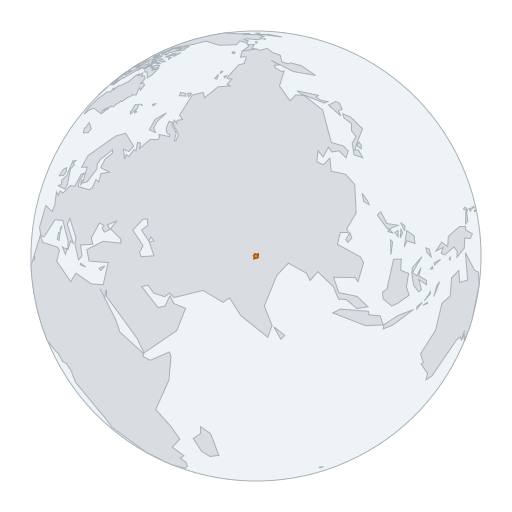 Gandaki on an orthographic globe, rotated 333°
{"feature_id": "NPL-1095", "entity_name": "Gandaki", "entity_type": "District", "adm_level": 1, "iso_a3": "NPL", "parent_name": "Nepal", "parent_adm1": "", "projection": "orthographic", "projection_center": [84.335, 28.335], "detail": "fine", "context": "on_globe", "style": "filled", "palette": "amber", "viewbox_px": 512, "rotation_deg": 333, "n_neighbors": 0, "source": "natural_earth", "source_scale": "10m", "svg_char_len": 11740}
<svg xmlns="http://www.w3.org/2000/svg" viewBox="0 0 512 512"><g transform="rotate(333 256 256)"><circle cx="256" cy="256" r="225" fill="#eef3f6" stroke="#a8b0b8"/><path d="M330.3,43.3L329.9,43.4L341.7,50.3L351.8,55.1L344.6,52.6L368.0,64.3L378.5,72.6L362.7,61.8L358.1,59.7L363.3,64.3L359.6,63.3L360.0,65.1L355.2,63.7L346.3,58.2L343.0,57.4L346.9,60.8L344.5,62.0L339.3,57.1L334.6,58.9L318.9,51.5L309.0,41.9L296.4,39.0L275.8,32.9L273.8,33.3L264.6,32.2L258.9,32.4L256.7,31.8L254.0,32.6L257.1,33.2L256.9,33.8L253.8,34.2L250.5,33.3L251.6,33.0L249.0,33.0L248.6,32.5L247.0,32.9L243.4,32.2L242.4,33.6L235.6,33.6L234.4,33.0L240.6,32.2L251.7,30.8L267.7,31.0L283.6,32.4L299.4,34.9L315.0,38.6L330.3,43.3ZM221.3,33.4L224.4,33.0L217.3,34.3L208.1,36.0L204.4,36.7L221.3,33.4ZM200.0,37.8L198.4,38.4L188.8,41.0L200.0,37.8ZM359.9,59.2L356.7,56.9L361.0,59.6L359.9,59.2ZM360.9,65.7L363.0,66.8L362.3,67.3L360.9,65.7ZM228.1,32.5L226.3,32.8L226.5,32.7L228.1,32.5ZM231.5,32.2L233.1,31.9L234.9,31.8L233.9,31.9L231.5,32.2ZM354.3,65.9L352.6,66.7L352.8,64.8L354.3,65.9ZM229.2,32.6L238.0,31.5L241.3,31.4L240.3,31.9L229.2,32.6ZM350.6,66.6L346.6,69.4L350.8,71.9L336.5,67.1L344.7,66.0L344.3,63.1L347.2,65.6L350.6,66.6ZM259.4,33.2L256.0,32.6L261.7,32.9L259.4,33.2ZM263.1,33.3L281.0,34.2L284.5,35.7L277.8,34.8L284.7,36.9L277.6,37.1L272.3,36.0L271.4,34.9L269.3,36.0L263.1,33.3ZM329.2,64.4L326.9,64.5L327.6,63.4L329.2,64.4ZM257.3,34.1L260.6,34.0L263.9,35.2L257.9,35.7L258.7,35.1L257.3,34.1ZM290.0,37.6L291.3,38.8L286.0,39.2L285.8,39.9L277.8,37.3L290.0,37.6ZM256.4,35.1L254.8,36.0L250.4,35.9L254.3,34.4L256.4,35.1ZM267.3,35.4L268.5,36.1L265.9,35.8L267.3,35.4ZM233.9,36.8L237.8,36.2L239.8,36.7L233.9,36.8ZM254.4,36.4L255.9,36.5L257.2,36.7L255.2,37.4L254.4,36.4ZM274.5,38.0L272.0,38.0L277.6,39.0L273.8,39.7L269.1,38.0L269.5,39.0L268.4,39.2L265.8,37.6L274.5,38.0ZM256.9,38.9L249.7,37.5L242.0,38.3L240.0,37.8L252.7,36.7L256.9,38.9ZM262.4,38.2L258.6,38.5L258.0,37.5L260.2,36.8L262.4,38.2ZM272.9,40.9L279.9,40.2L280.7,40.7L272.9,40.9ZM254.8,39.3L256.6,39.6L254.4,39.4L254.8,39.3ZM267.5,40.5L269.9,40.1L270.7,40.6L267.5,40.5ZM258.3,40.8L255.9,40.3L257.4,39.7L258.3,40.8ZM262.6,40.8L263.1,41.6L259.3,39.8L263.5,40.5L262.6,40.8ZM267.9,41.0L269.1,41.2L266.8,41.1L267.9,41.0ZM254.1,43.8L248.9,41.6L252.1,40.1L256.7,42.4L254.1,43.8ZM46.6,173.0L51.0,162.6L73.2,139.7L72.2,147.1L83.2,158.0L83.5,161.6L76.0,170.2L79.3,194.7L87.7,189.5L96.8,206.3L106.8,212.2L121.3,194.8L105.0,184.7L108.2,173.5L126.3,173.5L141.5,183.3L143.2,179.3L138.8,165.9L147.5,161.5L137.8,160.8L137.9,166.0L131.8,166.0L131.4,161.4L134.5,159.8L131.4,155.6L117.4,165.1L116.0,171.4L104.6,166.5L101.1,176.8L96.1,178.9L100.3,162.5L103.9,158.0L107.2,138.1L102.3,142.1L98.9,161.5L97.6,158.6L91.1,165.2L95.1,157.9L100.1,136.6L93.4,132.5L75.7,142.8L73.6,140.0L76.1,132.2L91.7,115.6L94.5,123.9L100.0,119.1L107.3,108.4L107.5,112.1L110.8,109.1L112.7,112.2L122.9,109.0L125.9,111.7L137.4,103.7L140.5,104.3L132.8,108.7L129.1,113.5L137.5,121.3L141.3,120.8L148.1,115.3L149.6,118.6L155.1,112.3L163.6,114.7L157.8,106.8L165.6,101.1L174.8,99.3L176.3,96.3L161.4,99.3L156.4,101.9L153.7,106.2L139.1,113.3L134.6,112.2L146.0,100.2L140.9,97.7L152.0,90.3L185.5,85.4L195.6,87.5L196.8,102.7L190.1,105.1L186.4,100.6L183.0,110.0L186.6,106.6L187.8,109.7L195.6,105.8L196.8,107.8L202.1,101.0L204.5,103.0L201.1,107.3L214.6,104.2L221.6,107.8L224.0,106.3L224.7,103.6L233.1,110.4L234.5,109.0L232.4,106.1L233.8,101.6L239.7,96.5L242.2,99.2L240.5,101.3L240.7,110.3L235.6,116.2L237.2,116.9L242.2,112.4L242.0,101.4L244.8,97.7L245.9,102.6L245.7,100.5L247.9,99.5L252.5,101.1L251.8,95.8L272.4,83.7L283.4,86.4L282.0,91.6L299.2,88.1L310.2,92.8L308.1,89.9L315.0,87.2L311.6,85.6L311.2,84.1L327.2,77.9L333.0,79.0L337.6,74.5L336.5,73.2L332.5,72.0L336.5,67.1L350.8,71.9L352.5,74.4L360.3,76.2L363.0,82.1L368.8,88.2L367.1,94.6L371.8,99.4L374.4,99.6L382.7,106.9L391.1,122.2L373.1,108.7L358.3,88.5L363.4,96.3L358.9,94.4L358.7,97.3L362.5,103.2L365.1,103.9L354.1,115.2L356.8,133.1L364.7,130.6L371.8,134.9L381.7,156.2L374.6,189.1L383.9,197.7L385.8,204.2L380.8,209.4L377.8,200.0L370.8,197.7L369.9,192.0L360.8,198.2L359.1,190.3L352.9,199.6L357.5,205.3L366.2,202.3L361.5,214.5L372.9,223.9L376.4,237.1L364.7,263.2L349.4,272.8L349.0,277.1L341.8,273.3L333.9,282.6L348.6,304.2L348.8,310.9L335.2,325.2L334.6,320.3L315.5,310.1L313.1,326.2L327.6,337.8L332.6,352.0L322.0,348.6L316.8,335.9L310.0,331.9L311.0,318.2L303.9,298.0L293.1,302.5L293.1,294.1L281.6,277.1L265.7,282.7L240.8,304.3L238.7,325.2L229.6,333.7L215.4,302.3L213.4,281.3L205.6,282.3L193.3,262.7L164.1,255.8L162.4,249.7L156.3,250.8L148.1,242.8L146.4,232.9L140.3,231.5L145.3,257.6L152.2,259.2L161.3,252.4L161.2,261.1L169.5,270.7L151.5,286.5L112.2,291.5L112.6,275.2L104.4,223.8L107.0,219.5L107.1,218.9L107.3,217.8L102.2,224.3L102.2,214.5L102.1,248.7L100.2,262.0L111.6,292.3L109.5,293.9L114.4,300.9L135.3,302.2L134.5,307.2L122.1,327.0L96.9,347.3L102.7,368.8L105.0,384.6L94.7,388.4L101.1,401.2L96.6,401.7L100.0,408.1L99.5,412.0L96.6,413.0L85.7,403.3L80.7,396.9L68.6,380.2L50.0,343.4L48.1,331.9L45.2,319.8L37.9,286.5L39.2,273.8L38.3,265.6L35.9,262.6L35.5,252.8L34.4,249.8L31.6,236.6L31.6,236.3L33.6,220.1L36.8,204.1L41.1,188.4L46.6,173.0ZM58.9,155.4L56.8,159.0L56.7,159.0L58.9,155.4ZM153.3,204.4L165.2,209.6L167.2,195.2L172.0,196.3L170.9,191.3L167.3,194.2L165.8,181.0L173.6,179.5L176.0,173.8L172.1,171.9L158.0,177.0L160.0,195.6L154.1,199.6L153.3,204.4ZM127.3,91.3L125.4,94.5L120.9,96.9L117.1,95.2L123.5,91.4L127.3,91.3ZM123.7,98.6L136.0,88.1L138.9,89.3L135.2,90.3L135.8,92.1L130.1,94.3L120.7,106.5L116.2,109.6L111.7,103.6L115.6,103.6L117.3,100.2L123.7,98.6ZM162.5,64.4L167.9,61.3L167.1,67.7L162.2,69.9L158.0,67.8L161.5,64.0L162.5,64.4ZM225.8,34.4L227.9,33.9L228.8,34.0L227.8,34.6L225.8,34.4ZM235.5,36.4L217.6,37.3L219.1,36.6L206.7,38.8L205.9,37.9L213.9,36.4L204.0,37.7L210.9,36.0L203.8,37.2L221.7,34.0L227.5,33.0L221.4,34.4L222.0,35.1L224.0,35.1L234.0,34.7L246.8,33.6L249.5,34.7L247.9,35.8L245.3,36.2L244.4,35.2L241.4,36.5L238.1,35.5L235.5,36.4ZM228.5,55.8L228.6,53.1L222.1,58.2L218.8,56.1L218.2,56.8L213.4,56.5L206.5,57.5L205.9,56.3L203.5,57.2L200.3,57.2L196.8,58.3L194.4,56.6L190.0,57.9L191.4,56.4L184.3,59.1L188.5,56.5L184.7,56.6L182.7,59.1L178.6,50.7L173.6,50.2L167.2,51.5L175.2,47.6L186.4,44.2L197.9,42.3L201.5,43.7L204.5,42.0L207.1,42.3L203.7,43.5L210.6,41.9L211.8,42.6L222.0,42.7L231.2,40.6L235.2,40.9L232.2,42.0L238.2,41.5L235.3,44.0L238.1,44.4L237.9,47.5L230.6,50.1L234.2,50.3L234.3,53.1L228.5,55.8ZM253.7,44.7L245.7,47.5L239.9,48.0L242.6,42.4L240.5,41.7L242.0,38.8L250.3,38.3L249.1,39.2L249.9,39.9L247.0,39.7L249.9,40.4L248.4,41.7L250.2,42.7L247.1,43.3L253.7,44.7ZM87.7,159.9L88.6,161.8L91.0,163.6L86.9,168.1L87.7,159.9ZM90.8,145.3L92.2,146.0L87.6,152.7L86.6,150.9L90.8,145.3ZM96.9,141.1L92.6,145.5L94.4,142.1L96.9,141.1ZM134.6,109.2L136.6,109.9L135.2,111.4L132.3,112.8L134.6,109.2ZM208.6,72.4L209.6,70.3L211.1,70.1L217.1,66.3L220.1,67.8L217.6,70.7L208.6,72.4ZM116.3,196.5L111.1,198.5L110.6,195.7L112.5,195.6L116.3,196.5ZM96.6,182.9L99.2,188.4L95.4,184.0L96.6,182.9ZM212.8,73.4L215.0,71.6L215.1,73.5L212.8,73.4ZM222.6,68.8L223.4,70.8L221.1,67.6L222.6,68.8ZM216.5,472.9L220.6,474.3L216.9,473.9L216.5,472.9ZM134.9,393.8L132.4,416.8L123.9,413.7L118.8,405.2L117.3,390.2L125.9,389.0L129.2,382.9L134.9,393.8ZM382.3,375.7L387.8,375.0L387.5,376.0L382.3,375.7ZM376.5,374.1L383.1,372.8L375.2,376.3L376.5,374.1ZM385.6,372.3L392.2,368.9L395.1,366.7L394.4,368.6L385.6,372.3ZM372.0,375.2L346.6,379.6L336.3,378.7L338.9,375.2L355.6,373.5L372.0,375.2ZM338.1,375.2L322.0,367.8L298.6,341.6L307.0,341.6L331.2,356.4L329.7,359.5L339.4,365.7L338.1,375.2ZM376.1,351.6L374.5,360.5L360.6,362.5L354.2,362.2L349.8,351.8L352.3,345.6L357.6,345.0L377.1,321.3L384.1,324.7L378.4,334.4L384.1,340.8L376.1,351.6ZM239.8,327.2L245.5,339.7L240.4,341.5L239.8,327.2ZM384.1,305.4L376.9,316.0L383.2,302.6L384.1,305.4ZM387.4,293.2L388.3,297.6L384.7,294.0L387.4,293.2ZM349.6,283.5L344.0,285.5L343.4,282.2L350.3,277.8L349.6,283.5ZM379.0,248.3L380.5,258.1L380.0,261.6L376.7,256.3L379.0,248.3ZM241.1,87.8L229.4,91.1L223.0,95.4L222.5,100.3L218.2,95.1L228.1,88.5L241.1,87.8ZM268.3,83.7L268.7,80.0L271.8,81.1L272.2,82.1L268.3,83.7ZM266.2,81.8L260.5,78.3L262.9,76.0L266.9,79.1L266.2,81.8ZM236.3,74.8L232.6,75.6L232.6,73.9L236.3,74.8ZM402.4,427.2L404.5,425.3L406.9,423.3L402.4,427.2ZM418.9,411.6L410.5,419.9L411.0,419.1L406.9,422.8L403.7,424.9L406.2,420.0L401.9,423.6L408.0,417.1L400.9,423.8L401.2,420.8L396.5,421.8L358.3,442.7L351.1,443.5L355.5,438.8L354.1,427.3L356.7,427.0L358.2,417.9L382.2,403.7L400.3,382.5L410.7,379.9L420.3,364.4L430.1,360.9L425.5,372.1L433.7,373.5L444.1,348.1L444.2,367.8L446.8,371.2L441.8,382.9L419.2,411.3L418.9,411.6ZM471.9,316.2L472.5,314.3L472.5,315.0L471.9,316.2ZM395.9,372.9L404.0,364.2L408.0,362.3L395.9,372.9ZM471.8,314.6L470.8,315.9L471.1,314.5L471.8,314.6ZM472.4,311.5L472.5,309.8L472.5,313.1L472.4,311.5ZM470.8,310.5L471.8,311.8L470.6,311.1L470.8,310.5ZM469.9,312.0L468.9,311.9L469.1,311.2L469.9,312.0ZM454.7,328.0L458.9,334.6L454.6,337.7L450.2,334.7L445.1,343.6L434.6,348.3L437.5,343.1L436.5,337.8L424.7,340.7L422.3,337.7L426.8,333.2L418.5,333.3L427.7,327.9L431.1,334.6L436.1,326.1L444.0,323.7L451.1,322.3L456.1,324.8L454.7,328.0ZM427.0,345.9L428.5,345.2L427.0,348.2L427.0,345.9ZM467.1,309.9L468.5,312.0L468.2,313.2L467.4,313.4L467.1,309.9ZM457.4,322.5L463.1,311.7L464.3,310.8L460.4,321.2L457.4,322.5ZM462.1,308.4L464.4,307.4L465.4,310.1L464.9,311.5L462.1,308.4ZM408.4,345.3L408.0,347.7L405.5,346.8L408.4,345.3ZM411.7,342.9L419.0,342.8L411.0,345.1L411.7,342.9ZM387.9,341.8L390.3,346.7L397.8,341.2L392.0,347.7L396.8,355.2L394.9,359.0L390.3,350.8L388.1,361.1L384.7,361.8L383.2,353.8L386.8,342.5L390.1,337.3L403.5,331.9L387.9,341.8ZM411.8,336.3L409.8,330.6L411.2,325.9L413.5,328.5L411.8,336.3ZM403.3,317.0L397.3,311.0L392.3,315.2L401.9,301.8L406.1,309.8L403.3,317.0ZM397.4,301.6L392.8,305.5L397.3,298.0L397.4,301.6ZM391.4,303.3L390.3,298.1L394.2,297.8L391.4,303.3ZM399.9,301.2L400.0,291.9L402.4,296.7L399.9,301.2ZM387.4,286.5L396.6,293.2L385.5,292.2L382.7,274.7L387.3,273.2L387.4,286.5ZM398.4,208.3L396.0,203.5L399.5,201.2L400.1,205.1L398.4,208.3ZM408.6,190.9L399.6,199.1L392.0,206.4L395.4,207.9L395.7,217.0L389.3,210.3L393.0,199.0L399.2,195.1L398.0,187.7L401.2,181.4L397.1,173.0L397.8,168.6L403.4,175.2L408.6,190.9ZM395.1,169.6L389.2,154.5L396.8,154.4L399.8,157.6L399.3,164.4L395.3,164.1L395.1,169.6ZM390.0,151.0L386.2,150.7L369.4,131.5L367.7,127.6L384.5,141.2L381.7,141.7L384.5,146.7L390.0,151.0ZM328.8,65.8L327.1,64.6L329.6,65.2L328.8,65.8ZM309.2,83.3L309.0,81.4L311.9,81.9L309.2,83.3ZM310.0,76.6L306.8,77.3L309.1,75.4L310.0,76.6ZM299.8,79.2L305.0,77.0L301.6,80.7L299.8,79.2Z" fill="#d9dde1" stroke="#a8b0b8" stroke-width="1"/><path d="M255.6,253.7L255.7,253.8L255.8,253.9L256.1,253.9L256.1,254.0L256.3,254.1L256.4,254.4L256.5,254.5L256.9,254.6L257.0,254.6L257.2,254.8L257.2,255.0L257.4,255.0L257.5,255.0L257.9,255.2L258.0,255.2L258.3,255.0L258.3,254.9L258.5,254.8L258.9,255.0L258.8,255.3L258.7,255.3L258.7,255.5L258.6,255.8L258.6,256.0L258.4,256.2L258.4,256.3L258.2,256.4L258.1,256.5L258.1,256.8L257.9,256.9L257.8,257.0L257.7,257.0L257.5,257.4L257.4,257.5L257.4,257.8L257.4,258.0L257.2,258.1L257.1,257.9L256.9,257.8L256.6,258.0L256.4,258.0L256.5,258.3L256.4,258.3L256.2,258.2L256.0,258.3L255.9,258.2L255.8,257.9L255.6,257.9L255.3,257.9L255.2,257.9L255.0,257.7L254.9,257.7L254.7,257.8L254.4,257.8L254.2,257.8L254.1,257.7L253.9,257.6L253.7,257.6L253.4,257.6L253.2,257.6L252.9,257.5L253.0,257.4L253.1,257.5L253.3,257.4L253.6,257.2L253.8,256.9L253.9,256.7L254.0,256.6L254.1,256.4L254.0,256.2L253.9,256.1L253.9,255.9L253.8,255.7L254.0,255.4L254.1,255.2L254.3,254.9L254.1,254.6L254.3,254.4L254.5,254.2L254.8,254.1L255.0,254.0L255.1,253.9L255.3,253.8L255.5,253.8L255.6,253.7L255.6,253.7Z" fill="#f59e0b" stroke="#b45309" stroke-width="1.5"/></g></svg>